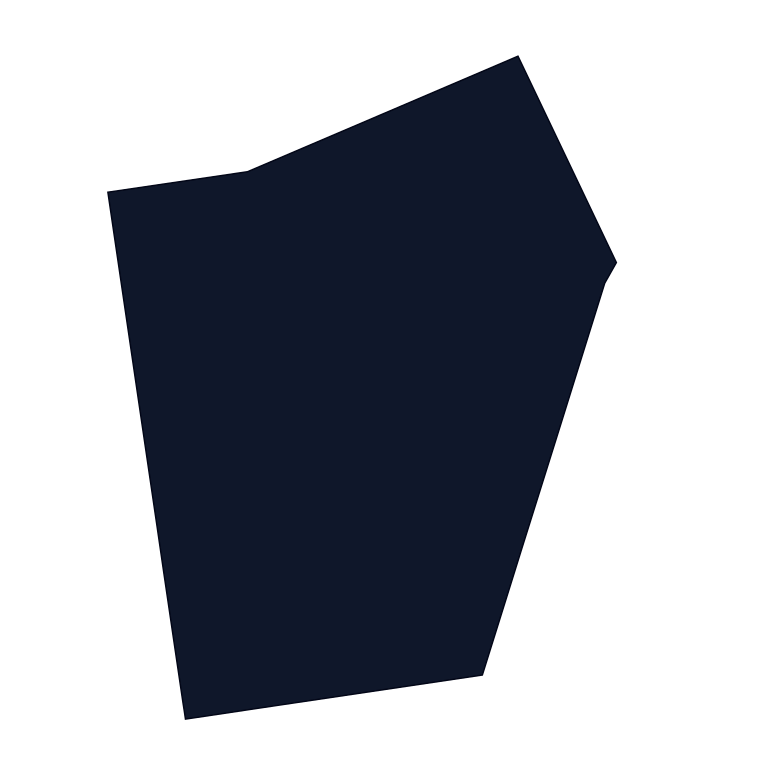 Coober Pedy, South Australia, Australia, rotated 81°
{"feature_id": "25037944B54111637534658", "entity_name": "Coober Pedy", "entity_type": "district", "adm_level": 2, "iso_a3": "AUS", "parent_name": "Australia", "parent_adm1": "South Australia", "projection": "robinson", "projection_center": [134.769, -29.011], "detail": "fine", "context": "isolated", "style": "filled", "palette": "ink", "viewbox_px": 768, "rotation_deg": 81, "n_neighbors": 0, "source": "geoboundaries", "source_scale": "gbopen_adm2", "svg_char_len": 397}
<svg xmlns="http://www.w3.org/2000/svg" viewBox="0 0 768 768"><g transform="rotate(81 384 384)"><path d="M569.4,274.3L453.2,216.6L318.9,150.2L300.4,135.5L81.2,200.4L117.5,344.4L153.0,485.6L151.4,626.7L488.1,630.4L535.6,631.0L600.6,631.7L667.9,632.4L673.7,632.4L675.6,632.4L683.9,632.5L684.7,543.2L686.8,332.4L601.8,290.3L569.4,274.3Z" fill="#0f172a" stroke="#020617" stroke-width="1.5"/></g></svg>